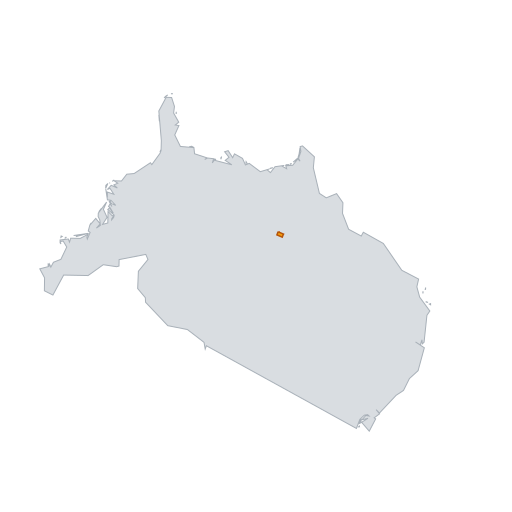 location of Washita, Oklahoma, United States of America, rotated 203°
{"feature_id": "52423323B11549083721324", "entity_name": "Washita", "entity_type": "district", "adm_level": 2, "iso_a3": "USA", "parent_name": "United States of America", "parent_adm1": "Oklahoma", "projection": "orthographic", "projection_center": [-98.855, 35.281], "detail": "fine", "context": "in_parent", "style": "filled", "palette": "amber", "viewbox_px": 512, "rotation_deg": 203, "n_neighbors": 0, "source": "geoboundaries", "source_scale": "gbopen_adm2", "svg_char_len": 3999}
<svg xmlns="http://www.w3.org/2000/svg" viewBox="0 0 512 512"><g transform="rotate(203 256 256)"><path d="M402.9,172.4L425.6,163.3L427.7,140.7L437.2,141.3L442.1,153.3L450.0,159.7L442.5,165.5L442.9,167.9L440.5,165.6L440.0,171.1L434.3,176.7L433.7,190.3L439.3,194.4L441.8,192.9L440.3,190.8L441.5,191.6L442.6,194.2L435.4,198.3L433.1,195.9L433.5,200.0L424.7,203.5L419.1,210.3L419.1,207.3L417.9,205.7L417.9,212.9L420.2,213.5L421.0,219.4L418.2,228.0L412.0,224.7L413.8,219.3L411.2,223.4L413.9,228.2L416.7,230.6L417.9,233.8L414.6,247.3L414.7,239.3L408.2,233.4L409.6,225.1L405.3,228.5L409.6,239.2L404.2,236.9L402.7,237.6L403.4,233.8L403.0,232.8L402.1,235.9L402.5,238.2L410.6,240.9L409.5,243.2L405.4,240.1L404.1,239.7L409.1,243.4L411.1,244.0L410.7,247.0L408.0,245.3L412.4,248.8L411.7,249.6L409.5,247.8L404.9,247.8L411.3,250.6L414.7,249.6L420.5,259.0L415.7,251.9L417.8,256.8L411.0,257.3L416.8,261.2L418.8,259.2L416.9,264.5L410.2,264.4L414.6,265.9L411.7,269.0L416.0,269.8L409.1,272.5L406.9,280.8L400.4,284.3L389.6,300.6L387.6,299.4L384.5,312.9L384.6,316.0L388.2,325.2L402.1,351.5L400.7,367.0L395.6,368.9L389.5,361.8L387.7,355.4L379.4,349.0L381.5,345.1L377.9,345.9L378.1,335.7L368.4,327.3L355.5,331.5L352.5,326.1L339.5,327.2L340.9,324.8L338.8,327.3L333.0,329.0L332.6,324.6L331.8,327.9L313.9,330.5L321.7,332.0L319.4,336.3L325.6,339.7L322.8,342.1L315.9,337.4L315.7,341.6L306.6,340.6L301.3,335.7L298.4,338.6L285.0,335.3L277.6,341.4L279.5,339.7L275.3,338.4L273.4,345.6L265.4,350.4L267.3,348.9L261.9,348.3L263.8,350.7L257.7,353.8L255.4,361.7L252.5,360.5L255.0,362.5L255.5,369.7L258.1,374.0L256.2,375.5L241.0,370.1L237.7,359.6L222.1,338.4L214.1,337.0L206.2,344.9L196.8,339.0L193.0,329.0L181.2,316.8L166.9,315.5L166.5,319.8L143.7,317.3L116.2,299.8L97.3,298.3L95.9,290.5L89.3,282.1L74.5,273.3L75.5,268.2L67.6,242.3L68.6,240.0L70.5,243.7L70.0,238.3L75.6,239.2L65.2,237.3L62.0,213.8L66.9,203.1L67.7,189.9L72.6,182.5L81.0,159.7L85.4,161.5L80.6,159.0L84.0,153.2L82.2,152.8L83.3,139.0L93.8,144.2L89.5,150.4L94.6,146.5L92.6,152.1L89.4,152.9L91.3,153.6L94.1,151.8L96.6,146.1L96.2,136.5L266.6,154.0L266.4,150.5L270.1,156.2L290.4,161.5L310.0,157.4L339.6,170.3L341.6,174.4L352.2,179.8L358.3,196.0L354.1,210.6L358.1,214.4L380.6,199.2L378.2,193.2L380.1,191.7L393.2,188.3L402.9,172.4ZM428.2,205.5L431.9,203.6L419.1,211.4L429.3,203.5L428.2,205.5ZM95.4,142.2L95.8,146.2L95.5,146.7L94.3,143.5L95.4,142.2ZM257.8,372.8L255.7,366.5L255.8,362.9L256.2,366.7L257.8,372.8ZM443.6,165.7L444.2,167.6L443.5,167.4L443.6,165.7ZM301.6,337.6L302.0,339.0L300.5,337.9L301.6,337.6ZM79.5,280.5L81.4,280.1L81.5,280.4L79.5,280.5ZM77.6,279.5L76.7,280.4L76.2,279.3L77.6,279.5ZM439.0,197.5L438.3,199.0L438.0,198.8L439.0,197.5ZM256.9,359.6L255.8,362.5L258.5,356.9L256.9,359.6ZM397.9,342.8L400.6,348.0L397.5,342.3L397.9,342.8ZM88.0,287.2L88.5,288.8L87.8,287.3L88.0,287.2ZM401.6,367.7L400.2,369.8L402.4,365.6L401.6,367.7ZM421.8,262.4L420.7,264.9L420.8,259.4L421.8,262.4ZM94.8,138.8L94.5,139.9L94.0,139.2L94.8,138.8ZM263.9,351.8L261.1,353.2L264.0,351.4L263.9,351.8ZM442.9,196.9L443.2,198.3L442.0,198.3L442.9,196.9ZM87.2,291.4L87.5,293.3L86.9,291.5L87.2,291.4ZM260.4,354.3L259.2,355.0L260.2,353.9L260.4,354.3ZM417.8,236.2L416.9,239.5L417.8,235.1L417.8,236.2ZM276.8,342.7L274.9,343.9L277.5,341.8L276.8,342.7ZM385.1,314.3L385.1,316.7L384.7,315.1L385.1,314.3ZM416.7,270.0L416.2,270.6L417.5,268.5L416.7,270.0ZM360.2,330.4L358.1,331.9L357.2,331.8L360.2,330.4ZM332.1,328.7L331.8,329.2L330.5,329.2L332.1,328.7ZM385.3,356.0L385.8,357.6L384.9,355.7L385.3,356.0ZM326.7,332.6L326.5,334.1L326.1,331.4L326.7,332.6ZM397.1,372.5L395.9,372.9L397.6,372.1L397.1,372.5ZM421.0,220.5L420.6,222.1L421.0,219.8L421.0,220.5ZM419.5,265.7L418.9,266.4L419.5,265.7Z" fill="#d9dde1" stroke="#a8b0b8" stroke-width="1"/><path d="M239.2,286.9L241.6,286.9L244.1,286.9L244.2,287.1L244.3,287.0L244.5,287.0L244.7,286.9L244.8,286.9L245.0,286.9L245.1,287.1L245.1,286.1L245.0,283.6L241.7,283.6L239.2,283.6L239.2,284.0L239.3,286.1L239.2,286.9Z" fill="#f59e0b" stroke="#b45309" stroke-width="1.5"/></g></svg>